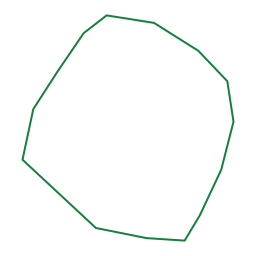 an SVG outline of Derby
{"feature_id": "GBR-2058", "entity_name": "Derby", "entity_type": "Unitary Authority", "adm_level": 1, "iso_a3": "GBR", "parent_name": "United Kingdom", "parent_adm1": "", "projection": "mercator", "projection_center": [-1.464, 52.89], "detail": "fine", "context": "isolated", "style": "outline", "palette": "green", "viewbox_px": 256, "rotation_deg": 0, "n_neighbors": 0, "source": "natural_earth", "source_scale": "10m", "svg_char_len": 295}
<svg xmlns="http://www.w3.org/2000/svg" viewBox="0 0 256 256"><path d="M106.6,15.4L154.0,22.9L198.3,50.8L227.3,81.2L233.5,121.7L221.2,169.8L199.8,215.4L184.6,240.6L146.4,238.1L95.9,228.0L22.5,159.7L33.3,109.1L57.8,71.1L83.7,33.1L106.6,15.4Z" fill="none" stroke="#15803d" stroke-width="2"/></svg>